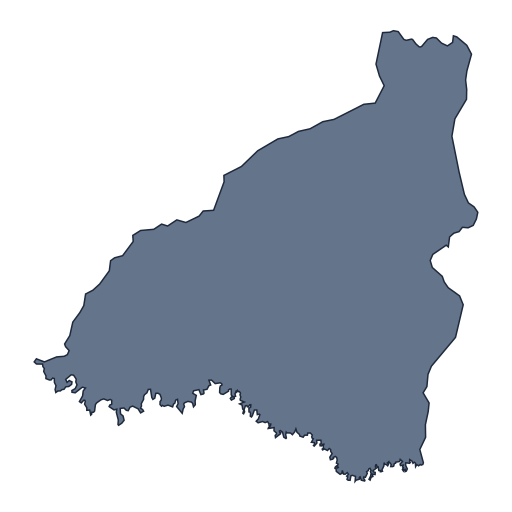 Obo, Haut-Mbomou, Central African Republic (Natural Earth projection)
{"feature_id": "33826404B40761150188578", "entity_name": "Obo", "entity_type": "district", "adm_level": 2, "iso_a3": "CAF", "parent_name": "Central African Republic", "parent_adm1": "Haut-Mbomou", "projection": "natural_earth1", "projection_center": [26.309, 5.539], "detail": "fine", "context": "isolated", "style": "filled", "palette": "slate", "viewbox_px": 512, "rotation_deg": 0, "n_neighbors": 0, "source": "geoboundaries", "source_scale": "gbopen_adm2", "svg_char_len": 6019}
<svg xmlns="http://www.w3.org/2000/svg" viewBox="0 0 512 512"><path d="M471.5,54.2L466.8,45.3L456.8,36.9L453.4,35.8L452.6,42.4L447.4,45.9L441.5,43.1L436.4,38.0L432.7,37.4L427.6,39.4L421.7,46.4L420.3,47.0L419.1,46.8L415.9,43.9L412.6,39.5L411.5,39.1L406.3,40.3L403.9,39.5L398.2,31.6L393.4,30.7L390.0,32.2L382.6,32.6L376.0,64.1L379.5,76.1L384.2,85.7L375.2,103.1L363.8,104.3L334.0,119.4L322.8,121.7L310.0,128.8L298.5,131.4L288.7,136.6L277.9,138.9L257.8,150.7L241.4,166.5L223.9,175.4L224.1,181.8L213.6,210.3L203.2,211.0L199.1,216.1L185.9,222.5L176.8,219.9L167.6,226.0L161.6,224.1L153.8,229.3L140.6,230.5L132.8,235.4L133.2,241.5L122.6,255.7L114.6,257.8L110.6,260.7L109.3,270.8L99.7,284.0L92.9,290.2L85.6,294.0L83.8,305.6L79.9,312.5L72.8,322.1L69.8,335.6L64.6,344.0L65.6,346.7L69.1,350.6L67.4,354.6L64.2,356.3L56.7,356.9L44.3,361.9L36.4,358.8L34.2,361.9L36.4,364.0L42.6,364.1L42.9,366.6L44.3,368.5L43.7,371.5L46.0,375.9L45.9,378.6L49.5,380.0L51.1,379.9L52.6,378.1L54.3,378.5L54.4,382.4L56.0,385.7L55.1,389.5L55.8,392.5L57.9,391.0L60.4,390.9L62.0,389.6L64.0,389.3L65.8,386.8L68.8,386.5L71.6,384.4L72.0,381.9L69.2,380.5L67.1,382.4L65.7,379.4L71.2,374.8L73.6,375.2L76.2,379.1L75.8,381.9L77.0,384.9L75.2,388.6L71.9,390.5L72.0,392.3L75.2,392.8L82.3,387.2L85.5,388.0L83.2,390.9L82.6,395.9L79.4,401.6L81.3,402.9L83.8,400.2L84.8,400.3L85.3,401.3L84.6,404.2L86.8,407.7L86.8,410.3L89.7,410.1L90.7,415.1L91.6,414.3L91.8,412.3L93.6,412.2L94.6,411.0L95.4,404.7L96.5,403.0L101.0,399.8L103.8,398.9L107.6,400.5L110.1,399.4L111.7,400.3L111.7,404.3L109.8,405.0L109.1,406.6L114.0,409.9L116.8,409.2L116.3,412.2L118.3,420.0L118.0,424.5L118.6,425.3L121.8,423.2L124.1,420.3L123.1,416.0L120.5,413.8L120.2,408.4L124.0,408.0L126.3,410.3L128.2,410.7L130.0,407.2L132.6,406.1L138.1,408.8L140.6,412.9L143.6,411.2L142.6,409.5L140.5,408.2L141.5,406.1L141.3,403.7L143.6,399.3L143.6,396.7L144.5,394.7L146.9,392.8L148.3,389.4L150.5,389.3L151.8,397.5L152.9,399.4L154.8,398.1L155.8,393.3L157.9,393.2L160.0,394.4L161.4,398.1L161.2,400.1L160.1,401.5L160.0,404.5L161.5,406.2L162.4,405.4L164.2,406.3L168.0,405.1L172.6,406.9L173.5,404.1L174.8,403.2L175.7,400.1L177.5,399.3L178.1,403.7L176.6,406.5L182.2,413.3L183.2,408.8L184.5,406.7L183.7,404.0L184.4,402.9L187.8,401.4L191.5,402.1L192.7,403.5L193.5,406.8L195.3,404.7L195.1,401.0L196.3,395.4L192.7,393.2L193.6,390.8L198.9,389.6L200.9,394.6L203.5,393.9L204.0,393.1L203.5,390.0L207.0,389.3L208.9,385.7L210.7,385.0L208.9,380.2L211.5,380.1L215.2,383.6L220.2,382.8L221.7,383.7L222.0,385.0L220.3,386.0L219.8,388.0L219.6,392.4L220.7,393.8L223.2,394.4L228.5,391.2L228.5,389.9L229.9,389.0L231.2,389.1L231.2,394.9L232.9,396.8L231.4,397.0L230.3,398.5L231.4,400.1L234.3,398.5L234.1,396.7L235.6,396.3L235.0,393.9L236.1,391.3L236.7,392.1L237.4,390.4L238.5,391.7L239.4,391.6L240.5,393.1L240.0,394.8L240.8,397.1L240.1,399.1L240.4,400.4L244.3,402.0L239.6,403.9L242.1,405.1L242.7,409.1L243.8,409.9L242.9,413.3L243.6,413.8L244.6,411.8L244.1,409.6L245.4,405.8L246.9,405.6L247.4,406.8L248.3,406.9L249.7,404.8L250.8,404.7L250.7,407.1L248.9,408.4L249.0,411.9L249.9,412.0L250.5,413.2L250.3,416.2L251.4,417.0L252.3,415.8L254.4,410.0L256.8,410.0L257.3,414.6L259.2,414.1L259.9,414.7L258.3,419.0L256.2,421.2L258.1,422.8L262.6,421.5L265.1,422.6L267.6,421.6L268.9,423.9L270.8,424.1L270.4,425.8L269.1,425.5L269.6,427.2L268.6,427.4L268.2,428.5L274.1,427.6L274.0,430.8L276.4,432.9L276.5,434.2L275.2,435.4L275.5,437.6L280.5,433.8L280.7,432.6L279.8,432.6L279.4,431.0L280.3,430.5L282.5,432.1L283.8,437.2L285.9,438.5L286.4,438.0L285.7,434.7L286.2,432.1L286.9,432.9L290.5,433.0L292.4,434.7L294.8,431.7L295.9,428.9L297.0,432.3L299.4,434.4L299.9,436.1L303.2,437.2L304.5,435.2L307.4,435.2L307.7,433.1L310.4,433.0L312.3,435.1L311.7,436.8L312.2,438.2L313.3,438.7L311.4,442.3L314.4,442.6L314.4,444.5L313.5,445.5L314.2,446.1L316.9,443.0L316.6,440.3L320.9,440.2L321.2,443.7L319.9,444.2L320.1,445.8L321.5,445.9L322.9,444.2L323.9,444.2L323.2,445.9L323.5,448.2L322.2,449.1L322.6,449.9L324.5,449.0L327.5,450.5L329.2,448.5L330.6,449.5L330.7,451.4L332.1,453.6L329.8,457.2L330.4,459.7L332.7,459.2L333.7,458.1L333.3,457.4L335.3,456.4L336.7,457.6L337.2,460.0L336.4,463.1L338.1,464.1L337.4,466.2L338.3,467.4L337.6,467.9L336.4,466.0L335.1,467.3L335.0,468.4L336.0,468.5L336.3,471.4L340.1,474.3L341.8,473.4L342.3,470.4L343.5,474.1L345.2,474.2L347.3,472.6L348.5,474.3L346.7,476.1L347.7,476.9L347.0,479.4L348.1,480.2L350.1,480.3L350.9,475.8L352.3,475.3L355.5,476.4L355.1,481.3L356.0,480.2L359.2,479.3L359.4,477.3L360.1,476.8L361.3,480.2L364.6,481.0L364.9,480.3L363.6,478.2L363.8,477.0L365.4,477.3L367.3,473.4L366.6,471.6L368.2,470.7L368.8,468.9L370.0,468.3L371.1,470.5L370.4,471.4L371.1,473.4L370.6,476.1L369.0,479.3L370.1,480.1L371.1,477.2L372.9,476.5L372.3,474.1L375.1,474.5L375.2,472.4L373.3,471.8L373.0,470.7L376.2,468.3L375.4,466.8L375.7,464.9L376.3,464.7L377.4,467.2L378.1,466.9L378.8,470.5L380.3,470.6L380.3,471.7L380.9,471.8L382.5,471.2L381.9,470.0L383.8,466.1L384.2,462.6L384.6,464.3L386.3,464.5L387.7,465.8L388.5,464.3L387.4,462.9L388.8,461.7L389.0,462.8L389.7,462.6L391.2,464.5L390.7,466.6L392.7,466.6L393.7,466.1L394.3,463.6L395.6,463.2L395.7,462.2L399.7,461.5L400.2,459.4L402.5,461.5L400.1,464.0L400.2,464.9L400.6,465.6L403.2,465.1L402.6,467.0L403.4,467.6L402.4,469.5L403.4,471.0L404.0,469.6L405.2,469.3L405.1,471.6L406.3,471.1L407.3,468.9L405.6,465.2L405.8,462.8L409.6,463.3L410.3,462.4L409.6,461.6L409.7,459.6L412.0,461.1L413.0,463.3L414.3,462.2L415.4,463.1L415.6,466.6L416.8,464.6L418.6,465.8L420.2,464.5L421.1,465.1L422.8,464.5L423.4,462.8L419.8,449.5L425.6,437.3L425.4,424.7L428.2,411.6L429.1,403.0L423.1,392.8L426.9,386.6L428.0,374.4L431.4,366.2L455.5,337.4L463.2,304.8L459.6,295.9L448.2,287.7L444.2,281.9L442.3,276.4L432.3,267.5L430.2,260.5L432.8,254.4L446.2,245.2L448.3,246.9L449.6,236.9L453.8,233.2L459.1,231.6L462.4,227.3L468.1,227.8L473.2,225.4L476.4,219.0L477.8,212.3L474.1,206.9L468.4,202.9L464.4,194.4L459.1,172.1L451.9,136.2L454.9,118.8L466.5,99.3L466.7,89.4L465.6,80.0L466.9,70.9L471.5,54.2Z" fill="#64748b" stroke="#1e293b" stroke-width="1.5"/></svg>